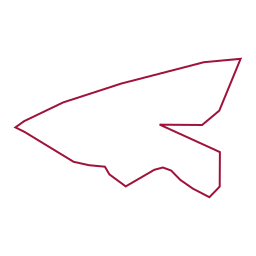 the Canton of Basel-Stadt
{"feature_id": "CHE-3425", "entity_name": "Basel-Stadt", "entity_type": "Canton", "adm_level": 1, "iso_a3": "CHE", "parent_name": "Switzerland", "parent_adm1": "", "projection": "natural_earth1", "projection_center": [7.602, 47.563], "detail": "fine", "context": "isolated", "style": "outline", "palette": "rose", "viewbox_px": 256, "rotation_deg": 0, "n_neighbors": 0, "source": "natural_earth", "source_scale": "10m", "svg_char_len": 428}
<svg xmlns="http://www.w3.org/2000/svg" viewBox="0 0 256 256"><path d="M240.6,58.8L219.3,110.6L202.1,125.0L163.8,124.7L159.6,124.6L219.9,152.1L219.7,186.6L209.4,197.2L193.0,188.7L180.4,180.0L171.1,170.5L162.8,167.5L154.3,169.8L125.7,186.4L109.4,174.4L104.9,166.7L89.0,165.2L73.6,161.8L24.5,131.9L15.4,127.4L24.2,121.1L63.2,102.4L120.2,83.9L121.1,83.6L203.9,62.2L240.6,58.8Z" fill="none" stroke="#9f1239" stroke-width="2"/></svg>